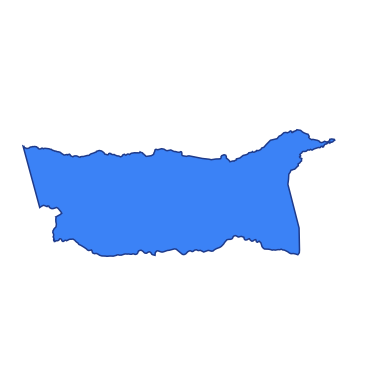 Valle Viejo, Catamarca, Argentina (Natural Earth projection), rotated 255°
{"feature_id": "61730980B26555197201604", "entity_name": "Valle Viejo", "entity_type": "district", "adm_level": 2, "iso_a3": "ARG", "parent_name": "Argentina", "parent_adm1": "Catamarca", "projection": "natural_earth1", "projection_center": [-65.688, -28.627], "detail": "fine", "context": "isolated", "style": "filled", "palette": "blue", "viewbox_px": 384, "rotation_deg": 255, "n_neighbors": 0, "source": "geoboundaries", "source_scale": "gbopen_adm2", "svg_char_len": 6027}
<svg xmlns="http://www.w3.org/2000/svg" viewBox="0 0 384 384"><g transform="rotate(255 192 192)"><path d="M243.5,151.0L244.3,148.2L244.4,147.6L244.7,147.2L245.1,143.7L245.0,142.9L244.7,142.0L244.3,141.5L245.0,140.5L245.3,139.9L245.3,139.3L244.8,138.1L244.8,137.4L245.1,137.1L245.9,136.6L245.9,135.1L244.6,133.4L244.5,131.9L245.6,130.8L245.9,130.2L245.9,129.9L246.7,128.3L247.1,128.0L247.6,127.2L248.4,126.5L248.5,125.4L249.4,123.7L250.1,123.6L250.7,122.4L250.6,121.5L249.8,120.9L249.8,119.8L250.1,119.5L251.3,117.5L252.8,117.1L255.0,115.3L255.8,113.8L256.1,113.1L256.0,110.2L255.5,109.9L255.4,109.6L255.3,107.9L255.1,107.1L255.0,104.3L254.6,103.0L254.1,102.4L254.2,101.0L254.4,100.4L254.4,96.2L254.8,94.8L254.9,93.4L254.5,92.8L255.5,91.3L256.0,90.9L256.7,89.9L257.1,88.7L257.3,87.4L256.9,86.5L256.9,85.9L258.6,84.0L259.3,84.0L260.2,83.5L260.3,83.2L260.0,81.4L260.6,81.0L260.7,78.6L260.9,77.9L262.8,76.2L264.6,74.8L265.6,73.0L265.8,72.2L266.8,71.0L267.0,70.1L267.9,69.1L268.4,68.0L269.5,67.3L269.7,67.0L269.8,66.3L270.2,65.9L270.8,65.0L272.3,61.2L272.3,59.9L272.2,59.6L272.4,59.3L272.9,59.1L273.2,58.4L273.2,57.8L272.8,57.3L273.0,55.8L273.7,54.8L274.8,54.6L275.0,54.1L275.9,53.5L276.7,51.8L276.7,51.0L277.1,50.0L277.0,49.0L277.2,48.2L277.2,47.2L276.7,46.2L276.6,45.3L276.6,44.7L276.9,43.4L277.2,43.0L277.7,42.7L278.0,41.6L279.5,41.5L279.5,41.2L280.0,40.7L216.4,40.9L217.1,42.7L217.6,44.9L217.1,46.0L215.4,48.2L215.9,49.0L215.4,50.1L214.0,50.3L212.4,51.8L211.9,53.3L212.0,56.0L212.2,56.9L211.3,58.1L210.3,58.7L206.9,60.2L205.2,60.7L204.6,59.3L204.4,59.2L203.2,54.0L202.8,54.2L201.0,53.4L198.4,52.8L196.1,52.7L193.5,51.6L192.2,49.3L190.8,48.1L190.7,47.8L189.0,47.1L187.0,47.4L185.2,46.9L184.9,46.4L184.1,46.3L183.7,46.5L182.9,46.6L181.5,45.9L181.1,45.9L181.1,46.5L179.2,46.1L179.5,46.3L180.0,47.7L180.0,48.4L179.7,49.6L179.9,50.8L180.8,51.8L181.0,52.3L180.7,53.0L180.0,53.6L178.6,53.8L178.1,54.0L177.6,54.6L177.6,55.2L178.2,56.8L177.9,57.8L177.4,58.2L177.6,59.7L177.9,60.2L178.0,61.9L177.7,62.8L177.3,64.9L175.7,66.4L174.8,66.7L173.4,67.6L172.4,68.5L170.6,69.2L169.4,70.7L166.7,73.3L164.4,75.3L163.1,76.0L162.2,77.1L162.0,79.9L161.4,80.1L159.2,80.2L158.5,80.6L157.6,82.0L157.6,82.9L157.2,84.1L155.9,85.5L154.9,86.3L153.6,88.3L152.4,92.1L151.9,93.2L151.4,96.2L150.4,99.4L150.4,102.9L150.7,103.3L150.4,104.7L149.9,105.2L149.3,107.5L149.5,110.6L149.4,111.7L148.8,113.3L148.6,114.5L147.7,116.7L147.5,117.6L147.6,118.8L147.3,119.7L146.5,120.8L146.3,121.5L146.4,122.7L147.1,123.7L148.8,125.0L149.1,126.8L148.8,128.0L147.1,129.5L146.0,130.0L145.1,130.8L144.6,132.4L145.1,133.5L145.3,134.7L145.2,135.6L143.9,136.6L142.2,137.1L141.4,138.1L140.4,139.9L142.9,140.8L144.1,142.6L144.1,143.7L142.2,146.5L141.7,147.6L141.6,149.1L141.9,152.9L141.6,155.1L141.6,160.2L140.9,161.9L134.4,166.5L133.8,167.4L133.6,168.8L134.0,170.2L135.4,172.4L135.8,174.4L135.8,175.0L134.4,176.7L134.4,177.6L134.6,178.4L135.1,179.2L135.1,181.2L133.8,182.8L133.5,185.0L131.0,187.8L131.4,192.1L131.2,193.1L130.0,195.1L129.7,195.9L129.6,197.1L130.4,198.7L131.0,201.1L131.3,204.4L131.9,206.3L133.5,209.0L134.8,210.4L136.8,213.3L136.8,214.8L136.3,217.1L136.4,218.3L136.7,219.0L138.3,220.4L138.6,221.2L138.7,222.5L137.9,223.7L136.8,224.7L136.4,225.5L136.5,227.0L136.3,228.3L134.8,230.4L133.3,230.3L132.6,230.5L132.1,230.8L131.7,231.5L131.6,232.8L132.1,234.9L132.0,235.4L130.8,235.7L129.1,236.9L128.9,237.6L129.0,238.6L129.5,239.7L129.6,240.3L129.5,241.2L129.0,241.3L127.8,241.3L127.1,241.4L126.5,242.4L127.0,243.4L127.0,244.3L124.9,245.4L121.1,245.5L119.3,246.3L118.2,247.2L117.0,251.0L116.1,252.9L115.1,254.4L115.0,255.8L114.3,257.5L114.1,260.2L113.5,262.0L113.7,263.0L113.5,263.7L112.7,264.4L111.9,266.3L109.5,269.0L107.9,270.3L106.9,271.5L106.6,272.5L106.4,273.8L105.4,275.9L104.0,278.0L105.5,279.9L108.1,280.8L129.5,286.1L174.6,286.6L179.5,288.6L184.1,290.1L186.0,292.2L187.2,293.0L187.5,293.5L187.3,294.3L187.5,295.0L187.5,297.0L187.8,297.8L189.5,300.6L189.8,301.5L191.7,301.8L192.2,303.6L193.2,304.8L193.6,305.8L195.0,306.2L195.9,306.7L197.2,305.1L198.1,304.9L198.3,305.1L198.5,306.1L199.2,306.3L199.7,306.1L200.1,305.8L200.7,306.4L201.1,307.3L201.3,308.0L202.4,309.2L202.3,310.4L201.9,311.6L201.9,313.1L202.7,314.6L202.1,316.4L202.5,317.5L201.4,318.8L202.0,321.0L202.3,325.5L201.8,326.6L201.8,327.7L202.3,328.1L202.7,328.6L202.3,329.8L201.6,329.9L201.6,330.7L202.3,331.1L203.4,332.3L203.7,333.0L203.6,334.6L204.0,334.9L204.2,335.4L204.1,335.8L204.4,336.7L204.2,337.4L203.5,337.8L204.3,339.0L203.9,339.8L204.1,341.0L204.8,342.3L205.1,343.3L206.0,343.1L207.1,340.6L207.2,338.7L206.0,338.2L205.3,336.1L205.4,335.1L206.7,333.1L206.2,331.6L206.2,329.8L206.7,328.9L207.3,328.4L208.1,328.1L209.4,326.6L211.6,322.3L211.5,321.3L213.0,319.6L214.6,318.9L215.5,319.6L217.8,319.0L218.4,317.8L219.8,315.9L221.3,314.3L223.4,312.9L225.0,309.4L224.4,308.6L224.4,307.4L224.0,306.8L224.2,305.6L223.6,305.1L223.4,304.6L223.7,303.8L224.7,303.9L225.5,303.1L225.3,302.1L224.8,301.4L224.5,299.4L225.3,298.1L225.5,296.1L223.7,292.6L223.4,290.6L221.5,288.0L221.7,281.2L218.7,276.1L216.6,273.0L216.4,270.6L215.3,269.5L214.9,267.9L214.8,266.9L215.0,266.0L215.4,265.5L215.3,265.0L214.7,264.5L214.8,263.7L214.4,263.0L214.4,262.0L214.8,261.2L215.4,260.9L214.9,259.9L215.2,257.0L214.7,256.5L214.1,255.0L214.0,253.5L214.1,250.9L212.4,246.9L212.5,243.5L211.6,243.2L211.4,241.9L210.9,240.5L211.4,239.9L211.4,236.5L212.6,236.1L214.2,235.2L215.7,234.0L217.4,234.3L218.8,234.1L219.7,232.6L219.4,230.1L218.6,229.2L217.9,229.1L216.8,228.3L216.9,227.0L217.7,223.6L218.2,218.9L219.2,217.1L221.7,210.7L227.6,198.7L227.9,197.4L227.8,196.0L229.2,192.9L229.8,192.0L231.2,191.9L232.1,192.3L233.5,192.2L233.9,191.5L233.6,190.1L234.1,188.6L235.3,186.6L235.8,185.1L238.1,182.4L238.3,178.9L238.8,177.7L240.6,176.1L241.7,173.8L241.7,169.8L242.6,168.2L242.2,167.1L241.0,166.6L239.6,165.4L238.3,164.6L237.6,162.1L238.2,157.2L238.6,156.6L239.5,156.3L239.9,155.8L241.3,155.1L241.7,154.5L242.5,154.4L243.1,153.7L243.4,152.9L244.2,152.2L243.7,151.8L243.5,151.0Z" fill="#3b82f6" stroke="#1e3a8a" stroke-width="1.5"/></g></svg>